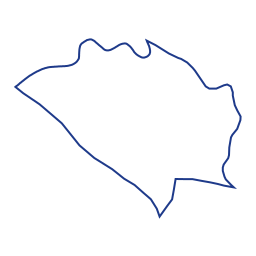 Pyokdong, P'yŏngan-bukto, North Korea
{"feature_id": "82179303B48679015064508", "entity_name": "Pyokdong", "entity_type": "district", "adm_level": 2, "iso_a3": "PRK", "parent_name": "North Korea", "parent_adm1": "P'yŏngan-bukto", "projection": "robinson", "projection_center": [125.318, 40.5], "detail": "fine", "context": "isolated", "style": "outline", "palette": "blue", "viewbox_px": 256, "rotation_deg": 0, "n_neighbors": 0, "source": "geoboundaries", "source_scale": "gbopen_adm2", "svg_char_len": 4706}
<svg xmlns="http://www.w3.org/2000/svg" viewBox="0 0 256 256"><path d="M159.6,216.6L167.4,205.7L172.1,199.4L173.8,190.0L175.6,179.0L183.2,179.1L192.3,179.1L201.3,180.8L210.4,182.4L217.9,184.0L223.9,185.6L233.8,187.4L231.1,184.9L225.8,179.4L224.5,176.7L222.8,170.9L222.8,167.5L223.7,164.5L228.2,158.2L229.0,155.2L229.3,147.4L231.0,137.4L232.4,134.8L237.2,128.9L240.4,120.1L240.6,116.5L237.3,110.5L234.8,105.2L232.8,95.6L232.8,92.3L230.8,86.4L227.2,84.5L223.9,85.3L216.3,88.6L209.3,88.6L205.7,86.4L195.0,70.7L192.7,67.9L187.2,62.5L181.1,58.9L178.3,58.0L168.9,53.5L155.5,45.1L146.7,40.6L146.8,40.9L147.0,41.2L147.1,41.6L147.3,42.1L147.5,42.6L147.7,43.0L147.9,43.3L148.1,43.8L148.2,44.2L148.4,44.6L148.6,45.1L148.9,45.5L149.0,46.0L149.2,46.4L149.3,46.9L149.4,47.3L149.5,47.7L149.6,48.1L149.7,48.4L149.8,48.8L149.9,49.2L149.9,49.7L150.0,50.1L150.1,50.5L150.1,50.9L150.1,51.5L150.1,51.9L150.1,52.3L150.0,52.6L149.9,53.0L149.8,53.4L149.7,53.7L149.6,54.1L149.4,54.4L149.2,54.7L149.0,54.9L148.7,55.2L148.5,55.4L148.2,55.7L148.0,55.9L147.8,56.1L147.5,56.3L147.2,56.5L146.9,56.6L146.5,56.8L146.1,57.0L145.8,57.1L145.4,57.2L145.1,57.3L144.7,57.5L144.3,57.5L143.9,57.6L143.5,57.6L143.1,57.6L142.8,57.5L142.5,57.5L142.1,57.5L141.8,57.4L141.4,57.2L141.1,57.1L140.8,57.0L140.6,56.9L140.4,56.8L140.1,56.6L139.8,56.4L139.2,56.2L138.7,55.8L138.3,55.6L137.9,55.4L137.5,55.1L137.1,54.8L136.7,54.5L136.4,54.3L136.1,54.0L135.8,53.7L135.5,53.4L135.1,53.0L134.8,52.7L134.5,52.4L134.3,52.1L134.0,51.8L133.8,51.4L133.5,50.9L133.4,50.7L133.1,50.3L132.8,49.8L132.5,49.4L132.1,49.0L131.8,48.5L131.5,48.1L131.1,47.6L130.7,47.2L130.5,46.9L130.2,46.6L130.0,46.4L129.7,46.1L129.3,45.8L129.1,45.6L128.7,45.4L128.4,45.1L128.0,44.8L127.7,44.5L127.4,44.3L127.1,44.1L126.8,43.9L126.3,43.7L125.9,43.5L125.4,43.5L125.0,43.4L124.8,43.4L124.2,43.5L123.7,43.6L123.2,43.6L122.7,43.7L122.3,43.8L121.9,43.9L121.4,44.1L120.9,44.2L120.5,44.4L120.2,44.5L119.8,44.7L119.3,44.9L118.8,45.2L118.4,45.5L118.0,45.7L117.5,46.0L117.1,46.3L116.6,46.6L116.2,46.8L115.7,47.1L115.3,47.4L114.8,47.7L114.4,47.9L113.9,48.2L113.4,48.5L112.9,48.7L112.5,48.9L112.2,49.1L111.7,49.3L111.2,49.6L110.9,49.7L110.5,49.9L110.1,50.0L109.7,50.1L109.2,50.2L108.8,50.3L108.4,50.4L108.1,50.4L107.7,50.4L107.3,50.4L106.9,50.4L106.4,50.3L105.9,50.2L105.5,50.1L105.1,49.9L104.7,49.8L104.4,49.6L104.1,49.4L103.8,49.1L103.4,48.8L103.1,48.6L102.8,48.2L102.4,47.9L102.0,47.5L101.6,47.2L101.2,46.9L100.9,46.6L100.6,46.3L100.0,45.9L99.4,45.4L99.0,45.1L98.6,44.7L98.1,44.3L97.6,43.8L97.1,43.4L96.7,43.1L96.4,42.8L96.0,42.5L95.6,42.2L95.3,41.8L94.9,41.4L94.4,41.1L94.2,40.9L93.8,40.6L93.3,40.4L92.8,40.1L92.4,39.9L92.0,39.7L91.5,39.5L91.0,39.4L90.6,39.4L90.3,39.4L89.9,39.4L89.4,39.5L89.0,39.6L88.6,39.7L88.2,39.8L87.7,39.9L87.2,40.0L86.7,40.2L86.4,40.5L85.8,40.8L85.3,41.1L84.9,41.4L84.4,41.6L83.9,42.0L83.4,42.3L83.1,42.6L82.6,42.9L82.2,43.2L81.8,43.4L81.5,43.7L81.3,44.0L81.0,44.4L80.7,44.8L80.5,45.2L80.3,45.5L80.1,46.0L80.0,46.5L79.9,47.0L79.8,47.3L79.7,47.8L79.6,48.3L79.5,48.9L79.4,49.5L79.4,50.1L79.3,50.7L79.3,51.3L79.2,52.0L79.2,52.5L79.2,53.2L79.1,53.9L79.1,54.4L79.1,54.9L79.1,55.7L79.1,56.2L79.0,56.7L79.0,57.3L78.9,57.8L78.9,58.2L78.8,58.6L78.6,58.9L78.5,59.2L78.2,59.6L77.9,60.1L77.6,60.5L77.3,60.9L77.1,61.2L76.9,61.5L76.5,61.9L76.0,62.3L75.6,62.7L75.0,63.1L74.5,63.4L73.9,63.8L73.4,64.1L72.9,64.3L72.4,64.6L71.6,64.9L71.1,65.0L70.6,65.2L69.9,65.3L69.3,65.5L68.5,65.7L68.0,65.8L67.4,65.9L66.8,66.0L66.1,66.0L65.3,66.1L64.6,66.2L63.9,66.2L63.4,66.2L62.7,66.2L62.1,66.3L61.4,66.3L60.8,66.3L60.2,66.3L59.6,66.4L59.1,66.4L58.6,66.4L58.0,66.5L57.5,66.5L56.9,66.6L56.3,66.6L55.7,66.7L55.0,66.7L54.4,66.7L54.1,66.8L53.5,66.8L52.8,66.9L52.3,66.9L51.8,66.9L51.2,67.0L50.6,67.0L50.0,67.1L49.5,67.1L49.0,67.2L48.6,67.3L48.0,67.4L47.5,67.5L47.0,67.7L46.5,67.8L46.1,67.9L45.7,68.0L45.3,68.1L44.8,68.2L44.4,68.4L43.9,68.6L43.4,68.7L42.9,68.9L42.4,69.0L42.0,69.2L41.5,69.4L40.9,69.7L40.5,69.9L40.0,70.1L39.4,70.4L38.8,70.7L38.3,70.9L37.8,71.2L37.2,71.4L36.7,71.6L36.2,71.9L35.8,72.2L35.3,72.4L34.8,72.7L34.3,73.0L33.7,73.3L33.4,73.5L32.9,73.8L32.4,74.1L32.0,74.4L31.6,74.6L31.1,74.9L30.7,75.2L30.2,75.4L29.7,75.7L29.3,76.0L29.0,76.2L28.6,76.5L28.2,76.8L27.8,77.1L27.4,77.4L27.0,77.7L26.6,78.0L26.2,78.3L25.8,78.6L25.4,78.9L25.0,79.2L24.6,79.5L24.3,79.8L23.9,80.1L23.7,80.3L23.3,80.5L23.0,80.8L22.6,81.2L22.2,81.4L21.8,81.7L21.5,82.0L21.1,82.4L20.7,82.6L20.4,82.9L20.0,83.1L19.7,83.4L19.3,83.8L19.0,84.1L18.7,84.4L18.3,84.6L18.0,85.0L17.6,85.3L17.2,85.6L16.8,85.8L16.4,86.1L16.1,86.4L15.7,86.6L15.4,86.9L23.2,93.2L39.6,104.3L61.8,123.3L79.5,145.4L94.3,158.0L112.2,169.2L124.1,178.7L134.6,185.0L143.5,192.9L150.9,199.3L156.8,208.7L159.6,216.6Z" fill="none" stroke="#1e3a8a" stroke-width="2"/></svg>